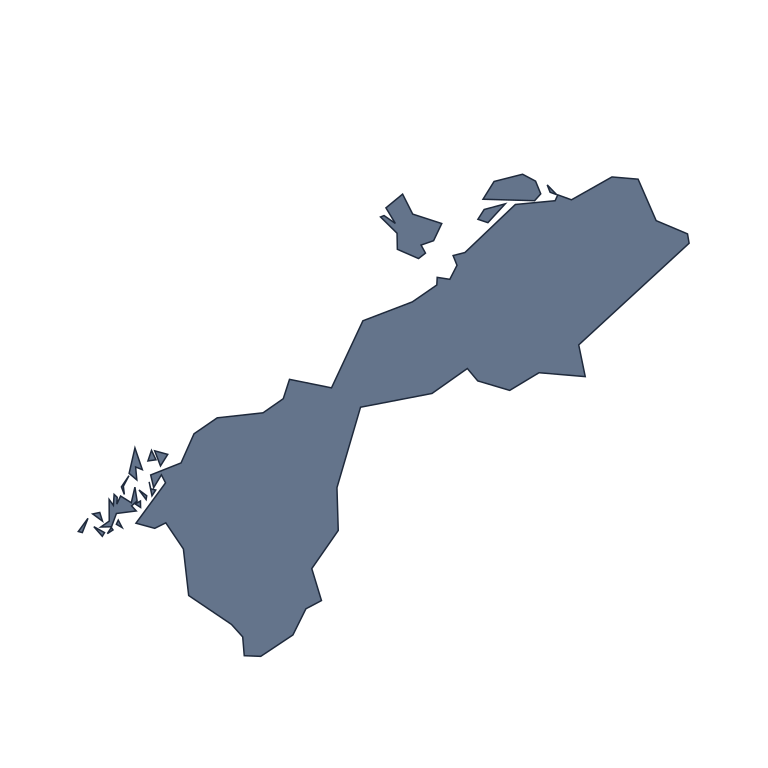 Ha Long, Quảng Ninh, Vietnam, rotated 140°
{"feature_id": "81297802B5641238333098", "entity_name": "Ha Long", "entity_type": "district", "adm_level": 2, "iso_a3": "VNM", "parent_name": "Vietnam", "parent_adm1": "Quảng Ninh", "projection": "mercator", "projection_center": [107.104, 20.974], "detail": "medium", "context": "isolated", "style": "filled", "palette": "slate", "viewbox_px": 768, "rotation_deg": 140, "n_neighbors": 0, "source": "geoboundaries", "source_scale": "gbopen_adm2", "svg_char_len": 1983}
<svg xmlns="http://www.w3.org/2000/svg" viewBox="0 0 768 768"><g transform="rotate(140 384 384)"><path d="M665.7,265.7L653.5,254.6L615.1,250.3L588.3,262.0L571.1,258.3L558.0,289.0L513.2,301.2L486.7,334.8L416.9,381.3L353.3,345.9L310.2,342.3L310.2,326.1L291.8,298.3L258.0,293.0L225.1,260.3L209.7,288.8L59.8,295.7L55.0,303.9L70.5,334.2L57.7,377.6L76.3,396.1L122.0,404.6L129.3,417.2L135.1,414.4L168.0,437.1L237.5,432.7L248.5,438.0L251.8,428.0L266.3,421.9L274.7,431.5L279.9,425.9L309.5,428.7L359.5,446.0L426.7,414.8L453.4,448.3L470.6,437.5L495.2,439.7L533.5,465.3L561.5,468.0L590.2,454.0L621.2,464.3L627.0,452.7L612.9,457.5L614.9,448.7L663.5,436.8L652.4,420.8L640.4,417.9L643.7,386.6L669.6,347.5L655.4,297.9L654.8,281.1L665.7,265.7ZM276.9,457.9L268.1,457.6L266.3,466.6L253.9,461.9L236.6,469.8L252.8,495.7L247.7,517.5L269.3,517.7L272.1,499.7L275.7,513.0L279.3,514.2L277.1,491.1L287.2,478.6L276.9,457.9ZM189.4,461.9L150.8,427.6L141.7,428.9L137.5,442.0L143.0,455.6L169.5,468.4L189.4,461.9ZM672.2,456.8L655.4,446.0L655.7,452.9L648.3,453.1L641.1,465.1L653.9,455.5L657.8,467.5L665.9,463.7L661.2,468.7L661.7,472.9L669.3,465.0L668.8,472.2L682.6,455.6L692.9,456.5L684.5,449.8L672.2,456.8ZM200.7,440.8L175.3,444.1L195.1,453.3L206.2,449.8L200.7,440.8ZM636.7,479.4L635.0,469.4L627.6,480.1L624.2,473.7L615.9,495.1L636.7,479.4ZM607.9,464.9L594.9,469.1L602.6,480.2L607.9,464.9ZM710.6,464.1L697.1,471.4L713.0,467.5L710.6,464.1ZM614.3,476.8L607.4,472.5L604.8,482.6L614.3,476.8ZM633.6,447.5L627.0,449.5L630.1,453.7L626.8,460.0L633.6,447.5ZM690.7,471.7L687.8,459.9L684.3,468.3L690.7,471.7ZM653.9,466.3L649.4,473.2L638.3,477.7L651.3,474.0L653.9,466.3ZM639.8,460.3L640.5,448.4L637.6,450.9L639.8,460.3ZM698.0,461.2L697.7,448.4L693.6,449.8L698.0,461.2ZM651.7,452.1L649.8,445.9L645.8,450.9L651.7,452.1ZM131.0,431.6L133.5,424.1L130.0,418.0L131.0,431.6ZM675.1,450.5L679.2,448.6L676.9,442.3L675.1,450.5ZM692.1,447.2L685.4,446.4L685.1,449.4L692.1,447.2Z" fill="#64748b" stroke="#1e293b" stroke-width="1.5"/></g></svg>